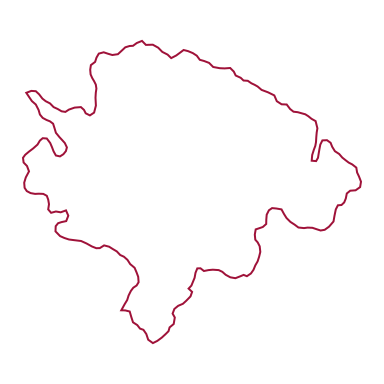 the district of Varginha, Minas Gerais, Brazil
{"feature_id": "56859067B67059151251397", "entity_name": "Varginha", "entity_type": "district", "adm_level": 2, "iso_a3": "BRA", "parent_name": "Brazil", "parent_adm1": "Minas Gerais", "projection": "natural_earth1", "projection_center": [-45.416, -21.572], "detail": "fine", "context": "isolated", "style": "outline", "palette": "rose", "viewbox_px": 384, "rotation_deg": 0, "n_neighbors": 0, "source": "geoboundaries", "source_scale": "gbopen_adm2", "svg_char_len": 3309}
<svg xmlns="http://www.w3.org/2000/svg" viewBox="0 0 384 384"><path d="M230.2,68.0L224.6,68.4L219.8,68.2L213.2,67.0L209.1,62.9L204.1,61.0L199.8,59.8L196.8,55.7L192.8,53.1L188.0,51.1L183.6,50.0L180.7,52.2L176.2,55.5L171.2,58.1L167.6,54.6L162.3,51.9L158.2,47.7L152.8,44.7L145.9,44.9L142.0,40.9L136.8,43.0L133.0,45.8L129.6,46.0L125.3,47.3L121.8,50.6L117.9,54.2L112.3,55.0L108.2,53.8L103.7,52.3L98.8,53.6L96.5,57.6L95.1,61.9L90.9,65.1L90.2,69.7L90.6,74.4L92.2,78.0L94.1,81.2L95.8,84.6L96.4,88.6L95.8,92.7L95.5,97.7L95.9,105.6L94.1,112.6L89.9,115.4L85.7,113.3L84.0,109.9L80.9,107.1L74.6,107.6L68.9,109.6L65.4,111.9L61.6,111.3L57.7,109.0L53.6,107.1L50.0,103.4L45.7,101.2L42.4,98.6L39.1,94.3L35.8,91.2L31.3,90.9L26.3,92.8L29.3,97.3L31.9,101.1L35.8,104.5L38.6,110.0L39.9,114.5L42.7,117.9L46.6,120.0L49.9,121.3L53.1,123.7L54.5,128.1L55.9,132.8L59.5,137.2L62.1,140.0L64.8,143.0L66.9,147.4L65.9,151.1L63.4,154.2L60.0,156.4L55.9,155.5L53.6,151.4L52.0,147.2L50.2,143.0L46.8,138.5L42.7,138.2L39.9,140.6L37.5,144.6L33.1,148.5L29.0,151.6L25.2,154.8L23.0,157.8L23.6,162.5L27.0,166.0L29.0,171.4L25.8,177.4L24.2,182.7L24.6,187.8L26.8,191.1L30.6,193.1L35.1,193.9L38.8,193.7L43.3,193.9L46.8,195.8L48.2,199.6L49.0,204.2L48.2,209.4L51.1,212.8L55.9,211.5L60.7,212.3L66.0,210.4L68.3,215.7L66.2,221.1L61.5,222.1L58.1,223.2L55.7,226.2L55.5,231.4L60.1,236.1L64.4,238.0L69.0,239.5L74.5,240.2L81.1,241.0L86.6,243.5L92.0,246.5L96.3,248.2L99.8,248.1L104.1,245.4L109.1,246.7L112.9,249.1L116.8,251.4L120.2,255.0L123.9,256.7L127.5,259.9L130.2,264.1L134.6,267.8L136.6,272.5L138.2,276.8L138.6,282.2L136.6,285.5L133.3,287.7L130.9,290.9L128.6,295.5L127.2,300.0L124.7,304.1L121.3,310.3L125.2,310.4L129.7,311.5L131.3,317.0L133.0,322.3L137.3,325.1L140.0,328.6L143.4,329.8L146.3,334.0L148.2,339.7L152.9,343.1L157.3,340.9L161.8,337.6L165.7,334.0L168.5,331.2L169.6,327.4L173.7,324.0L174.8,317.5L172.6,313.6L174.4,308.9L178.2,305.8L182.9,303.8L186.1,300.9L190.5,296.4L192.1,291.9L188.6,288.6L191.4,285.6L193.0,281.7L194.6,277.8L195.5,272.8L197.3,268.4L200.5,268.3L203.9,271.0L208.5,270.1L212.8,269.7L218.7,270.1L222.3,271.8L225.7,274.8L230.3,277.3L235.4,278.2L240.3,276.3L243.6,274.9L246.9,276.2L250.9,273.5L253.5,269.8L255.3,265.4L257.6,261.4L259.1,256.8L260.3,251.9L259.7,246.3L257.7,242.4L255.3,239.7L254.8,234.6L255.7,229.4L259.6,228.1L262.8,227.0L266.2,224.0L266.3,219.5L266.7,214.7L268.9,210.3L272.1,208.1L276.3,208.5L281.5,209.4L284.0,214.0L286.5,218.0L290.4,221.9L294.7,224.7L298.4,227.5L304.0,228.1L307.6,227.6L312.4,227.8L316.9,229.3L320.6,230.5L324.7,229.8L329.0,226.7L333.5,221.5L334.5,215.7L335.8,209.4L337.9,205.3L341.5,205.0L344.2,202.4L345.8,198.5L346.8,193.5L350.2,190.7L355.6,190.3L360.1,187.1L361.0,181.7L359.0,176.5L357.1,172.5L356.3,167.6L352.2,164.4L348.7,162.6L345.7,160.3L342.3,157.6L339.2,154.0L334.9,151.2L332.2,146.8L330.6,142.8L327.0,140.2L322.4,140.4L320.3,144.6L319.4,149.3L318.6,154.0L318.0,157.8L316.1,161.1L311.7,160.7L312.2,155.0L313.9,149.6L315.3,145.9L316.0,142.1L316.3,137.0L316.7,132.5L317.4,128.3L315.6,121.1L311.5,118.8L308.3,116.2L305.3,114.3L301.7,113.3L297.8,112.2L293.5,111.7L290.1,109.0L286.7,104.5L281.6,104.3L276.8,101.2L274.3,95.4L268.0,92.3L261.6,89.9L257.6,86.5L254.6,84.8L251.4,83.3L247.8,80.8L243.5,80.5L240.7,77.8L235.7,75.5L233.8,71.6L230.2,68.0Z" fill="none" stroke="#9f1239" stroke-width="2"/></svg>